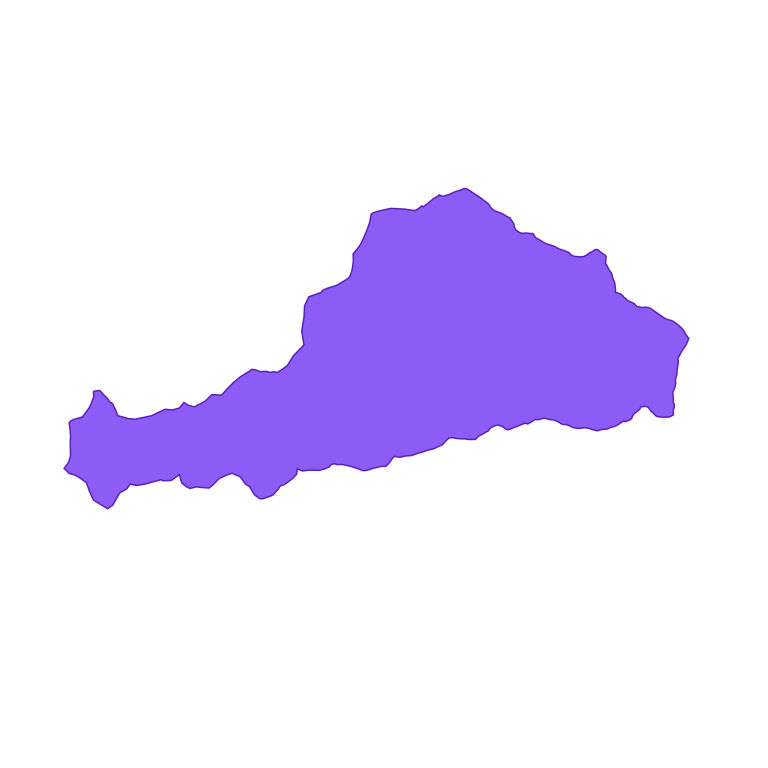 Phuentenchhu, Chirang, Bhutan (Mercator projection), rotated 200°
{"feature_id": "84629894B77854435497479", "entity_name": "Phuentenchhu", "entity_type": "district", "adm_level": 2, "iso_a3": "BTN", "parent_name": "Bhutan", "parent_adm1": "Chirang", "projection": "mercator", "projection_center": [90.22, 27.109], "detail": "fine", "context": "isolated", "style": "filled", "palette": "violet", "viewbox_px": 768, "rotation_deg": 200, "n_neighbors": 0, "source": "geoboundaries", "source_scale": "gbopen_adm2", "svg_char_len": 4995}
<svg xmlns="http://www.w3.org/2000/svg" viewBox="0 0 768 768"><g transform="rotate(200 384 384)"><path d="M415.8,280.5L414.4,281.3L413.6,281.9L412.2,282.9L410.6,284.0L409.0,285.5L407.1,287.4L406.0,290.4L402.9,292.3L400.5,292.2L396.0,294.0L390.1,294.9L384.3,295.4L379.3,295.5L374.7,295.3L372.0,296.2L368.8,298.3L366.7,300.0L364.9,301.4L362.2,303.1L358.1,305.8L354.3,307.1L352.6,310.3L351.8,312.5L351.2,314.7L350.6,317.3L350.1,318.5L349.3,319.6L345.4,320.3L343.9,320.6L342.0,321.8L339.8,323.4L337.2,324.6L333.7,326.1L329.3,329.8L324.0,333.7L322.2,335.1L320.4,336.6L317.1,338.9L315.0,340.2L311.7,343.7L308.5,346.7L307.2,349.5L306.7,351.0L304.6,355.3L303.1,356.2L300.4,357.3L298.4,357.3L292.4,359.0L288.7,360.2L284.8,361.0L281.5,362.4L279.7,362.9L278.6,364.1L277.5,367.1L276.5,368.3L274.7,370.0L273.5,371.4L271.8,373.7L270.1,375.3L269.2,378.2L268.3,379.9L264.4,383.7L262.3,384.4L259.9,384.4L258.4,384.6L255.8,383.9L254.2,383.2L251.9,383.4L250.2,384.6L247.2,387.3L244.4,389.6L240.8,393.1L238.1,395.4L235.2,395.7L232.8,398.5L230.5,401.4L229.6,402.4L226.6,403.3L224.8,404.7L221.9,406.6L217.9,407.2L215.9,407.3L212.8,408.1L210.5,408.3L208.6,408.1L206.7,408.0L204.0,407.3L201.8,407.2L198.7,408.3L196.5,408.1L194.4,408.2L193.1,407.8L191.4,407.8L189.8,408.0L188.3,408.3L186.4,408.6L185.5,409.0L182.6,410.5L180.2,411.7L178.8,412.0L177.2,412.3L175.2,412.4L172.7,412.5L168.9,412.8L167.3,413.1L165.6,414.5L163.8,415.6L161.6,417.0L159.7,417.5L158.3,418.5L156.9,420.0L155.6,421.2L153.7,422.3L151.6,424.2L150.1,425.8L148.6,427.9L147.2,430.0L146.3,430.8L144.3,431.2L142.2,433.0L140.5,434.6L139.4,436.4L139.6,437.7L139.3,439.8L138.8,441.9L137.7,443.2L136.7,444.7L136.1,446.0L135.0,447.8L134.9,449.6L134.6,450.6L132.5,451.5L130.8,452.4L128.4,452.6L125.8,451.3L123.8,449.7L121.0,448.7L119.0,447.9L117.5,447.0L116.5,446.9L114.7,447.1L109.1,448.7L104.7,450.5L103.4,451.8L101.4,454.1L102.6,456.0L103.2,458.9L103.4,461.9L104.3,464.3L105.8,465.5L106.4,467.7L108.0,471.0L109.7,475.0L109.6,476.9L109.5,479.6L110.0,484.1L111.7,487.9L112.0,492.8L113.3,497.0L114.2,501.9L115.0,505.4L116.5,508.7L115.6,515.8L113.4,524.6L113.4,527.2L113.1,531.1L114.1,531.6L117.5,533.8L120.5,536.7L123.7,538.4L127.1,539.9L130.8,541.1L133.8,541.8L136.0,541.9L140.1,541.5L142.8,541.8L149.5,543.5L154.8,545.0L157.3,545.7L160.1,546.2L163.6,546.0L166.6,544.6L168.4,544.1L170.5,543.6L172.9,543.3L175.6,544.6L176.8,545.2L181.4,545.6L183.6,545.7L186.8,547.3L188.4,547.5L189.8,548.6L192.7,549.6L195.0,549.4L197.8,549.4L198.8,551.9L200.5,555.5L202.3,558.7L204.5,560.8L208.1,566.0L209.6,566.9L211.9,568.5L214.5,571.1L217.0,573.1L217.5,575.0L218.4,577.7L218.8,579.6L220.4,580.8L223.0,581.2L225.4,582.1L228.7,583.2L230.6,583.1L231.7,582.3L233.9,579.3L236.0,577.3L237.6,574.4L240.2,571.9L244.3,570.1L249.3,569.0L252.5,569.3L255.0,570.8L260.1,571.0L265.9,570.8L271.1,571.6L274.9,571.6L279.1,571.3L281.8,571.5L285.6,572.4L287.9,572.7L291.4,573.3L293.9,574.9L295.5,576.3L299.0,575.2L301.4,574.7L306.0,572.8L308.1,572.6L312.1,573.6L314.8,575.5L316.7,578.8L320.2,581.5L322.6,583.1L325.5,583.4L329.9,584.3L332.9,584.6L339.3,584.6L341.4,585.1L344.6,586.7L345.9,587.8L347.3,588.9L353.2,590.8L359.6,592.7L364.7,593.8L369.2,594.9L372.4,595.7L375.6,595.1L378.6,592.2L383.9,588.2L387.2,584.7L390.4,582.3L393.1,580.4L397.0,580.6L397.4,579.2L400.6,575.6L402.9,571.7L407.4,564.3L409.8,564.1L410.3,562.4L414.1,557.6L425.1,555.2L437.5,551.4L443.2,547.9L448.2,544.6L453.2,540.7L454.1,539.2L452.7,530.8L452.7,521.3L453.1,514.8L453.4,510.9L453.8,507.2L454.4,504.8L457.5,495.7L455.0,489.4L453.7,484.3L452.9,478.8L452.8,474.7L453.5,471.5L455.7,468.5L462.4,460.4L469.8,454.8L473.7,451.0L474.5,448.4L478.3,445.3L484.4,440.3L485.4,430.3L482.1,419.8L479.3,405.4L472.6,393.4L474.5,389.1L478.8,379.5L481.2,368.0L487.8,358.6L491.8,357.8L494.9,355.9L498.7,355.7L504.4,353.3L510.6,353.3L513.2,352.5L515.1,349.7L521.3,341.8L525.9,334.0L529.6,326.1L532.8,318.0L542.2,315.1L546.2,306.6L550.3,302.1L554.3,297.7L560.6,297.0L565.6,298.2L568.1,291.4L574.3,287.1L580.8,285.5L585.3,281.2L591.5,274.7L598.5,270.4L606.1,265.7L612.5,264.1L623.3,263.2L627.5,268.0L632.7,272.9L635.7,273.4L638.6,275.7L643.6,277.9L647.9,280.3L649.3,280.6L654.1,278.0L654.0,275.8L652.4,273.7L652.4,270.6L652.5,264.6L652.7,261.6L654.1,256.5L656.1,249.9L663.0,244.9L665.8,242.1L666.6,239.7L663.8,234.6L660.7,227.8L658.7,221.4L654.0,209.1L653.6,202.7L655.7,195.3L649.3,192.3L643.3,192.7L638.2,191.9L629.9,189.5L623.6,181.9L619.5,177.8L617.3,175.6L610.4,174.1L601.0,172.3L597.5,177.5L595.9,186.2L595.1,191.4L589.9,197.4L588.3,203.1L581.6,204.1L574.2,208.3L571.1,210.6L566.7,213.6L561.1,217.6L558.2,217.6L551.0,220.6L545.2,228.8L540.2,221.8L534.3,219.8L530.6,219.5L525.2,223.1L516.2,225.4L512.7,226.5L510.5,230.3L506.4,239.0L500.8,244.5L496.4,248.1L487.7,247.7L479.5,242.4L475.4,241.6L467.8,235.6L461.6,233.7L458.5,234.8L454.2,238.3L450.6,241.4L447.3,249.2L447.0,252.2L443.2,255.5L441.4,257.9L437.2,264.5L435.3,269.2L436.4,274.6L430.9,274.4L424.7,277.5L415.8,280.5Z" fill="#8b5cf6" stroke="#5b21b6" stroke-width="1.5"/></g></svg>